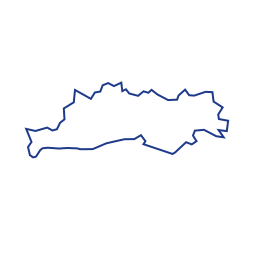 Essex, Virginia, United States of America, rotated 121°
{"feature_id": "52423323B13977309866060", "entity_name": "Essex", "entity_type": "district", "adm_level": 2, "iso_a3": "USA", "parent_name": "United States of America", "parent_adm1": "Virginia", "projection": "equal_earth", "projection_center": [-76.942, 37.945], "detail": "fine", "context": "isolated", "style": "outline", "palette": "blue", "viewbox_px": 256, "rotation_deg": 121, "n_neighbors": 0, "source": "geoboundaries", "source_scale": "gbopen_adm2", "svg_char_len": 977}
<svg xmlns="http://www.w3.org/2000/svg" viewBox="0 0 256 256"><g transform="rotate(121 128 128)"><path d="M84.1,120.0L83.2,127.5L87.3,128.7L88.6,133.6L95.2,135.9L97.8,144.7L95.9,149.7L99.3,151.9L92.6,157.1L99.3,161.6L99.7,168.1L104.4,171.7L111.0,170.5L114.6,174.7L122.1,174.8L122.7,193.0L133.9,187.7L144.3,193.1L153.3,186.9L158.5,188.9L165.7,188.3L169.0,191.5L169.3,197.5L178.2,205.8L181.2,214.8L189.7,203.5L195.8,203.9L201.8,198.1L201.8,195.9L202.2,194.9L201.6,193.6L199.8,192.1L192.0,191.8L189.4,190.8L186.3,186.7L181.1,176.5L176.5,169.9L171.5,160.8L170.9,158.2L164.3,147.4L152.2,138.6L139.4,125.2L134.3,116.9L127.5,113.2L130.3,106.3L133.9,106.4L127.3,76.4L124.6,75.0L110.3,70.9L109.2,64.9L104.0,62.5L101.0,68.4L95.8,69.3L90.4,61.9L89.6,48.1L86.7,41.2L83.1,49.3L79.8,41.7L70.2,45.9L73.5,54.7L70.0,57.6L61.6,57.5L61.3,68.2L53.8,74.1L57.1,80.2L66.1,87.9L68.4,92.4L65.7,98.8L74.1,101.4L78.4,100.5L83.4,108.0L84.1,120.0Z" fill="none" stroke="#1e3a8a" stroke-width="2"/></g></svg>